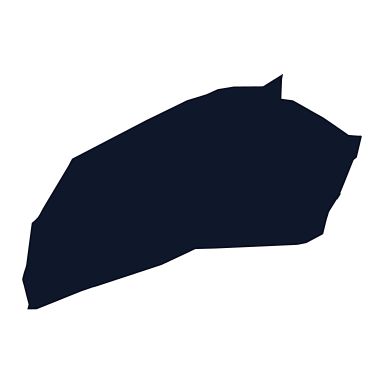 Magdalena Yodocono de Porfirio Díaz, Oaxaca, Mexico (Natural Earth projection)
{"feature_id": "50627088B61785293136981", "entity_name": "Magdalena Yodocono de Porfirio Díaz", "entity_type": "district", "adm_level": 2, "iso_a3": "MEX", "parent_name": "Mexico", "parent_adm1": "Oaxaca", "projection": "natural_earth1", "projection_center": [-97.387, 17.378], "detail": "fine", "context": "isolated", "style": "filled", "palette": "ink", "viewbox_px": 384, "rotation_deg": 0, "n_neighbors": 0, "source": "geoboundaries", "source_scale": "gbopen_adm2", "svg_char_len": 1055}
<svg xmlns="http://www.w3.org/2000/svg" viewBox="0 0 384 384"><path d="M282.0,75.4L263.2,87.1L233.9,87.3L218.0,89.9L206.7,95.0L187.2,101.0L146.4,120.9L72.6,159.3L68.9,166.3L43.7,208.4L40.3,214.8L38.2,218.0L36.5,219.7L34.9,221.3L32.5,223.3L32.3,224.7L27.5,260.8L27.1,264.1L26.5,267.0L25.9,268.8L24.7,272.4L24.5,273.1L23.0,278.9L23.1,280.4L24.6,285.6L27.0,295.3L29.4,304.5L28.3,308.6L36.5,308.5L81.3,290.5L92.7,286.6L94.5,286.2L99.2,284.7L161.4,264.2L190.0,250.8L192.6,249.5L195.2,248.3L214.3,247.8L261.8,245.7L297.0,244.1L298.3,243.9L306.0,242.4L322.5,233.6L323.2,230.7L325.1,222.8L326.2,218.6L327.4,214.7L328.2,212.1L328.9,210.6L329.0,210.5L336.4,198.6L336.9,198.7L337.1,198.4L339.1,195.2L339.9,193.9L339.7,193.4L339.5,193.0L343.7,182.8L351.9,162.3L352.1,161.7L353.1,159.4L356.1,157.1L361.0,136.6L360.5,136.3L358.8,136.5L356.4,136.3L348.4,135.7L336.2,127.2L326.3,120.4L323.8,118.7L322.6,117.9L311.3,111.6L310.6,111.2L292.8,101.1L281.9,99.6L280.8,99.5L280.6,99.1L280.6,97.0L281.3,79.2L282.0,75.4Z" fill="#0f172a" stroke="#020617" stroke-width="1.5"/></svg>